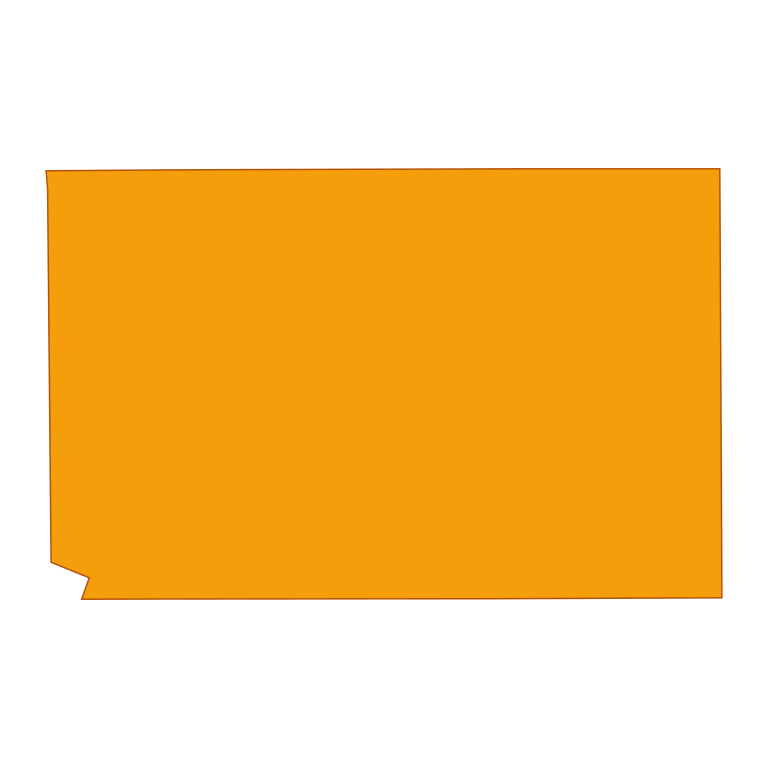 the district of Hutchinson, South Dakota, United States of America
{"feature_id": "52423323B28340480700764", "entity_name": "Hutchinson", "entity_type": "district", "adm_level": 2, "iso_a3": "USA", "parent_name": "United States of America", "parent_adm1": "South Dakota", "projection": "mercator", "projection_center": [-97.883, 43.334], "detail": "fine", "context": "isolated", "style": "filled", "palette": "amber", "viewbox_px": 768, "rotation_deg": 0, "n_neighbors": 0, "source": "geoboundaries", "source_scale": "gbopen_adm2", "svg_char_len": 270}
<svg xmlns="http://www.w3.org/2000/svg" viewBox="0 0 768 768"><path d="M46.1,170.8L47.6,188.8L51.1,562.3L89.3,577.8L81.6,599.2L162.9,599.0L496.8,598.7L721.9,597.8L719.8,168.8L525.6,168.8L187.9,169.8L46.1,170.8Z" fill="#f59e0b" stroke="#b45309" stroke-width="1.5"/></svg>